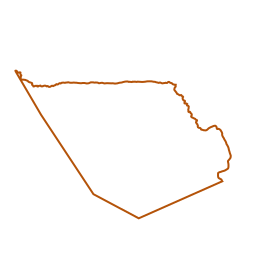 Saravena, Arauca, Colombia, rotated 72°
{"feature_id": "7082276B82092326116351", "entity_name": "Saravena", "entity_type": "district", "adm_level": 2, "iso_a3": "COL", "parent_name": "Colombia", "parent_adm1": "Arauca", "projection": "equal_earth", "projection_center": [-71.958, 6.906], "detail": "fine", "context": "isolated", "style": "outline", "palette": "amber", "viewbox_px": 256, "rotation_deg": 72, "n_neighbors": 0, "source": "geoboundaries", "source_scale": "gbopen_adm2", "svg_char_len": 5549}
<svg xmlns="http://www.w3.org/2000/svg" viewBox="0 0 256 256"><g transform="rotate(72 128 128)"><path d="M38.8,217.3L39.4,217.4L88.6,206.6L180.3,181.3L217.2,145.7L207.8,54.8L207.5,54.9L205.9,55.1L205.4,55.5L205.0,56.0L204.4,56.4L203.9,57.0L203.3,57.3L202.8,57.4L202.0,57.3L201.1,57.1L198.8,56.3L198.5,55.8L198.4,55.3L198.3,54.5L198.4,53.4L198.3,51.9L198.4,49.8L198.3,48.6L198.0,47.4L197.8,46.5L197.5,45.5L197.1,45.1L196.3,44.6L195.3,44.2L193.3,43.6L192.4,43.5L190.8,43.3L190.5,43.2L190.2,43.0L189.5,41.9L189.1,41.2L188.6,40.5L188.4,40.3L188.0,39.7L187.0,39.2L186.3,38.9L185.7,38.8L183.2,38.9L182.0,38.8L181.5,38.8L180.0,38.8L178.4,38.6L177.1,38.6L175.1,38.9L174.1,39.2L173.3,39.3L172.6,39.2L171.0,39.3L168.6,39.9L167.4,40.0L166.3,40.3L165.5,40.5L164.6,40.6L163.6,40.6L162.4,40.1L161.1,40.1L159.7,40.4L158.4,40.7L157.3,41.5L156.7,42.3L156.7,43.0L156.5,43.5L155.9,43.7L154.7,43.5L154.0,43.6L153.1,44.0L152.7,44.5L152.5,46.3L152.7,47.1L152.7,48.1L152.8,49.2L153.2,51.3L153.4,51.8L153.8,52.5L154.1,53.2L154.3,54.1L154.3,54.8L153.6,56.5L153.4,56.9L153.0,57.4L152.5,58.1L152.3,58.7L152.0,58.9L151.6,59.0L151.4,59.0L151.0,59.0L150.7,59.2L150.2,59.5L149.9,60.1L149.6,60.7L148.9,61.2L148.1,61.2L147.2,60.8L146.6,60.9L145.8,60.9L145.2,61.3L144.6,61.3L144.3,61.5L143.8,61.6L143.2,61.3L143.1,61.1L142.7,60.7L142.4,60.1L141.9,60.0L141.3,60.7L140.8,61.1L140.5,61.2L140.2,61.2L139.3,62.1L139.0,62.6L138.5,63.0L138.0,63.4L137.5,64.1L136.7,64.4L136.2,64.2L135.9,63.8L135.3,63.3L134.6,63.2L133.9,63.3L133.1,63.9L132.3,63.9L131.8,64.1L131.6,64.6L131.6,65.2L131.1,65.5L130.5,65.3L129.9,65.1L129.5,65.1L129.1,65.0L128.8,64.8L128.1,64.3L127.7,64.2L127.3,64.0L126.4,63.6L126.0,63.7L125.4,63.9L124.9,64.8L124.2,64.9L123.9,64.9L123.5,64.7L123.3,64.4L123.0,64.6L122.6,65.2L122.4,65.8L122.3,66.2L122.0,66.6L121.8,66.6L121.5,66.5L121.2,66.4L120.9,66.1L120.6,65.9L120.3,65.6L120.0,65.5L119.6,65.6L119.3,65.9L119.1,66.4L118.7,66.7L118.0,66.9L117.7,66.9L117.3,67.0L116.3,66.8L115.9,66.5L115.5,66.0L115.0,66.1L114.6,66.6L114.0,66.9L113.3,67.1L113.0,67.4L113.1,68.0L112.9,68.6L112.6,69.0L112.0,69.4L111.3,70.0L110.9,70.5L110.4,70.9L109.3,70.9L109.0,71.0L108.6,71.3L107.7,71.5L107.3,71.7L107.0,71.9L106.2,72.1L105.8,72.1L104.8,71.6L104.6,71.4L104.1,71.1L103.6,70.4L103.4,69.9L102.6,69.6L102.1,69.6L101.6,69.3L101.4,69.8L101.3,70.2L101.2,70.6L100.9,70.8L100.7,71.0L100.6,71.3L100.4,71.6L100.2,71.9L99.9,72.1L99.3,72.3L98.8,72.6L98.6,73.0L98.1,73.8L97.9,74.0L97.2,74.4L96.9,74.7L96.7,75.3L96.7,75.5L96.8,75.9L97.0,76.2L97.2,76.6L97.1,77.2L97.0,77.7L96.6,78.2L96.6,78.5L96.6,79.0L96.5,79.4L96.3,80.5L96.2,81.4L95.8,82.1L95.5,82.4L95.1,82.9L94.8,83.2L94.6,83.6L94.6,84.2L94.6,84.8L94.2,85.4L93.7,86.2L93.2,87.1L92.4,88.1L92.0,89.2L90.8,91.4L90.5,92.5L90.1,93.5L89.8,94.7L89.6,95.1L89.3,97.3L89.0,98.7L88.7,99.9L88.4,100.8L87.4,103.3L87.2,103.9L87.0,104.3L86.9,104.6L86.9,105.4L86.8,105.6L86.7,105.8L86.3,106.5L86.3,106.8L86.2,107.2L86.0,107.4L85.9,107.7L85.8,108.0L85.7,108.7L85.6,108.9L85.5,109.0L85.4,109.2L85.4,109.5L85.5,109.8L85.5,110.1L85.4,110.3L85.0,111.1L84.8,111.8L84.6,112.2L84.4,112.5L84.3,113.2L84.2,113.3L83.7,113.8L83.6,114.1L83.5,114.6L83.3,115.0L83.2,115.5L83.1,115.9L83.0,116.4L82.8,118.3L82.8,119.8L82.6,120.9L82.5,121.3L82.4,121.7L82.3,122.7L82.2,124.7L82.0,125.4L81.8,126.5L81.6,127.0L81.3,127.5L80.6,129.1L80.4,130.0L79.9,131.3L79.6,132.2L79.1,133.4L78.7,134.8L78.4,136.4L78.3,136.7L77.9,137.2L77.8,137.5L77.2,138.3L77.0,138.7L76.8,139.6L76.7,140.0L76.6,141.3L76.4,141.9L75.6,142.7L75.2,143.4L75.1,143.8L74.7,144.7L74.7,145.1L74.6,145.5L74.4,146.1L74.3,146.3L74.0,146.7L73.8,147.1L73.4,148.4L73.2,148.8L73.1,149.2L73.1,149.6L73.2,150.5L73.3,151.4L73.2,152.1L72.9,153.4L72.3,154.5L71.8,155.4L71.6,156.0L71.4,156.5L71.2,157.1L71.0,158.5L70.7,159.4L69.9,161.3L69.0,163.1L68.5,164.5L68.2,165.2L67.9,166.1L67.8,166.7L67.6,167.4L67.4,168.2L67.2,168.7L66.8,169.5L66.0,170.8L65.9,172.1L65.6,173.0L65.6,173.6L65.5,174.1L65.4,174.3L64.8,175.6L64.7,176.0L64.6,176.9L64.5,177.1L64.5,177.4L64.8,178.0L64.8,178.3L64.7,178.6L64.4,178.9L64.3,179.1L64.3,179.6L64.4,179.9L64.5,180.2L64.8,181.0L64.9,181.4L64.7,181.7L64.4,182.2L64.3,182.3L64.2,182.6L64.3,182.9L64.8,183.7L64.8,183.8L64.8,184.1L64.7,184.5L64.7,184.9L64.9,185.4L65.0,186.0L65.0,186.3L64.6,186.7L64.4,187.0L64.3,187.4L64.4,187.9L64.5,188.3L64.7,189.0L64.7,189.3L64.7,189.7L64.6,189.9L64.5,190.3L64.4,190.5L64.1,190.9L64.0,191.0L63.5,191.2L63.3,191.4L63.2,191.7L63.2,191.8L63.2,192.4L63.2,192.6L63.0,192.8L62.7,192.9L62.6,193.0L62.3,193.4L62.1,193.8L61.9,194.5L61.9,195.0L61.8,195.7L62.0,196.1L62.0,196.3L61.9,196.6L61.8,197.1L61.6,197.5L61.4,197.8L60.8,198.0L60.6,198.2L60.6,198.5L60.5,199.3L60.4,200.0L60.5,200.2L60.7,200.4L60.7,200.6L60.6,201.1L60.5,201.3L60.1,201.3L59.8,201.4L59.7,201.7L59.6,202.1L59.3,203.0L59.2,203.3L59.3,203.7L59.4,203.9L59.4,204.2L59.4,204.7L59.3,204.8L59.2,205.1L58.1,205.3L57.5,205.7L57.4,205.8L56.9,205.8L56.4,205.5L56.2,205.4L55.9,205.4L55.7,205.4L55.5,205.6L54.6,206.6L54.3,207.1L54.1,207.5L53.7,207.9L53.2,208.4L53.0,208.5L52.7,208.6L52.1,208.9L51.7,209.4L51.6,209.6L50.6,210.7L50.3,211.2L49.9,212.2L49.8,212.3L49.7,212.6L49.3,213.7L48.9,214.4L48.6,214.7L48.4,214.9L47.7,214.9L47.4,214.7L46.8,214.5L46.6,214.3L45.9,214.0L45.7,213.9L45.4,213.5L45.3,213.4L45.0,213.2L44.8,213.2L44.7,213.3L44.5,213.6L44.4,213.7L43.6,213.6L42.7,213.6L42.4,213.4L42.2,213.3L42.0,213.2L41.9,213.3L41.7,213.5L41.6,213.9L41.5,214.4L41.5,215.3L41.4,215.5L41.2,215.8L40.8,215.9L40.6,215.9L40.0,216.0L39.5,216.2L39.3,216.3L38.9,216.7L38.8,216.9L38.8,217.3Z" fill="none" stroke="#b45309" stroke-width="2"/></g></svg>